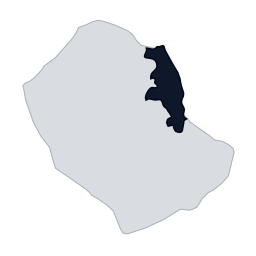 Lesotho, with Qacha's Nek highlighted, rotated 273°
{"feature_id": "LSO-1214", "entity_name": "Qacha's Nek", "entity_type": "District", "adm_level": 1, "iso_a3": "LSO", "parent_name": "Lesotho", "parent_adm1": "", "projection": "mercator", "projection_center": [28.653, -29.956], "detail": "fine", "context": "in_parent", "style": "filled", "palette": "ink", "viewbox_px": 256, "rotation_deg": 273, "n_neighbors": 0, "source": "natural_earth", "source_scale": "10m", "svg_char_len": 2670}
<svg xmlns="http://www.w3.org/2000/svg" viewBox="0 0 256 256"><g transform="rotate(273 128 128)"><path d="M174.7,178.6L166.5,181.1L165.4,181.4L160.2,180.8L153.2,181.4L147.7,182.8L143.5,183.3L136.5,190.8L123.9,210.8L120.6,215.0L119.6,222.9L116.7,229.2L113.1,234.1L109.6,235.2L99.1,233.3L85.6,230.8L77.8,224.7L70.8,216.8L67.2,211.0L63.3,207.8L62.0,206.0L56.5,203.3L54.5,202.0L52.6,201.0L50.4,197.1L49.1,193.8L49.6,184.5L45.8,179.0L39.2,169.5L35.0,161.8L29.3,151.2L25.8,142.2L22.2,132.9L22.6,128.9L26.1,126.1L36.3,121.4L44.1,117.8L49.8,111.2L55.9,101.3L58.9,95.3L61.9,92.6L65.2,88.4L70.9,79.1L77.3,68.8L84.0,57.7L92.6,54.5L104.3,50.8L115.6,41.2L129.0,33.1L150.7,24.3L160.8,22.0L164.6,20.8L167.0,22.4L169.6,27.5L173.3,31.7L181.8,39.0L185.5,40.8L194.3,51.7L203.7,59.2L214.6,67.8L222.0,72.0L225.7,73.2L228.9,80.9L232.0,86.6L233.8,91.9L233.5,97.1L230.0,109.8L225.0,122.8L221.0,128.2L216.1,131.6L211.3,136.7L209.5,147.2L207.3,159.5L201.1,164.5L196.2,167.9L189.5,171.9L174.7,178.6Z" fill="#d9dde1" stroke="#a8b0b8" stroke-width="1"/><path d="M199.9,165.7L196.3,167.9L185.8,174.9L180.0,177.3L174.0,178.6L165.9,181.7L162.8,181.6L158.4,179.9L156.9,179.8L155.4,180.1L151.5,182.5L149.3,183.3L144.9,182.6L142.7,183.0L140.9,184.6L140.2,186.0L138.6,183.8L138.1,183.5L137.6,183.3L137.0,183.4L136.4,183.4L128.5,182.4L127.5,182.0L126.8,181.3L126.5,180.6L126.4,180.0L126.4,179.2L126.5,178.3L126.9,176.5L127.3,175.7L128.1,175.0L130.8,173.5L132.5,173.4L133.0,173.0L133.2,172.2L132.6,170.4L131.9,168.0L132.4,167.7L135.2,166.3L138.5,167.0L139.5,168.0L140.9,170.7L141.3,171.1L141.5,170.9L141.9,170.8L145.1,168.7L147.1,167.0L147.5,166.7L148.0,166.5L148.5,166.3L149.0,165.8L149.8,165.1L150.9,163.4L151.8,162.6L152.8,161.9L155.9,160.7L156.9,160.1L157.6,159.4L158.0,158.2L157.9,156.9L157.4,153.8L157.6,151.8L158.1,149.3L158.2,147.0L156.8,144.6L158.4,144.0L159.3,143.9L160.4,144.0L162.3,144.4L164.8,145.4L166.6,146.4L168.2,147.7L168.9,148.3L169.3,149.0L169.6,149.8L169.7,150.7L169.5,152.7L169.6,153.5L169.8,154.2L170.2,154.7L170.7,155.1L171.1,155.3L172.2,154.8L172.9,154.1L173.5,153.4L174.1,152.7L175.0,152.3L175.8,152.4L176.7,152.6L177.6,152.7L178.5,152.2L179.2,150.9L178.9,149.6L178.4,148.3L178.5,148.3L179.3,148.1L181.2,148.1L182.5,148.4L183.8,148.9L188.6,152.9L190.0,153.5L191.4,153.7L193.3,153.4L194.7,152.9L196.1,152.2L197.5,150.7L198.1,149.5L198.5,148.4L199.2,142.0L199.7,141.1L200.6,140.7L202.4,141.1L205.5,142.3L207.3,142.5L208.7,142.1L208.8,142.1L208.6,144.4L208.1,147.2L208.0,149.7L209.4,151.6L210.5,152.5L210.8,153.2L210.7,154.1L210.9,155.6L211.9,157.6L212.1,158.6L211.5,159.5L210.5,160.0L208.1,160.8L207.0,161.3L199.9,165.7Z" fill="#0f172a" stroke="#020617" stroke-width="1.5"/></g></svg>